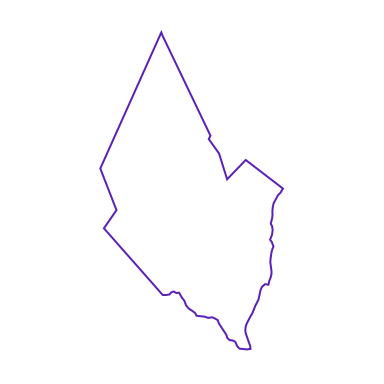 Antônio Almeida, Piauí, Brazil, rotated 175°
{"feature_id": "56859067B34563104892599", "entity_name": "Antônio Almeida", "entity_type": "district", "adm_level": 2, "iso_a3": "BRA", "parent_name": "Brazil", "parent_adm1": "Piauí", "projection": "equal_earth", "projection_center": [-44.257, -7.232], "detail": "fine", "context": "isolated", "style": "outline", "palette": "violet", "viewbox_px": 384, "rotation_deg": 175, "n_neighbors": 0, "source": "geoboundaries", "source_scale": "gbopen_adm2", "svg_char_len": 1079}
<svg xmlns="http://www.w3.org/2000/svg" viewBox="0 0 384 384"><g transform="rotate(175 192 192)"><path d="M123.9,93.0L122.9,96.3L121.1,100.1L120.1,102.9L119.7,105.7L120.1,115.2L119.6,118.4L118.1,124.9L117.1,127.7L115.6,130.6L116.9,135.3L118.4,137.7L116.0,142.4L115.0,147.0L115.2,150.9L116.3,153.6L114.4,159.1L113.8,162.0L113.6,165.8L112.8,170.1L111.7,173.6L106.7,181.2L103.9,183.6L101.1,187.5L135.7,219.2L155.9,201.6L161.7,228.0L170.7,243.2L168.7,246.5L207.6,350.0L208.7,353.6L281.3,223.4L268.8,180.5L282.9,163.5L239.0,104.0L230.2,92.0L226.9,91.6L223.3,91.9L221.5,93.8L218.8,94.5L216.5,92.7L213.7,92.8L211.1,87.3L209.3,84.8L207.7,79.5L205.3,76.0L202.1,73.6L199.4,71.1L198.3,68.4L196.4,67.9L193.4,67.3L190.4,66.8L187.0,65.2L182.7,65.4L180.5,64.2L177.5,62.1L176.7,58.7L170.2,46.7L169.7,43.8L167.5,41.2L164.3,40.5L162.0,39.1L160.3,34.3L158.3,31.8L150.9,30.4L147.4,30.6L147.4,33.2L150.7,46.1L151.0,48.9L150.5,52.2L149.2,55.7L145.7,61.3L144.3,63.5L142.7,65.5L138.9,73.0L135.1,79.1L132.3,88.2L130.7,91.3L127.3,93.8L123.9,93.0Z" fill="none" stroke="#5b21b6" stroke-width="2"/></g></svg>